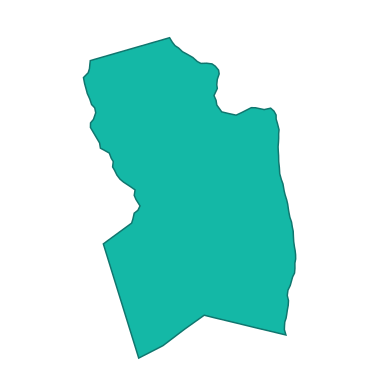 the district of São José da Lagoa Tapada, Paraíba, Brazil, rotated 261°
{"feature_id": "56859067B38377179497869", "entity_name": "São José da Lagoa Tapada", "entity_type": "district", "adm_level": 2, "iso_a3": "BRA", "parent_name": "Brazil", "parent_adm1": "Paraíba", "projection": "robinson", "projection_center": [-38.124, -6.942], "detail": "fine", "context": "isolated", "style": "filled", "palette": "teal", "viewbox_px": 384, "rotation_deg": 261, "n_neighbors": 0, "source": "geoboundaries", "source_scale": "gbopen_adm2", "svg_char_len": 1635}
<svg xmlns="http://www.w3.org/2000/svg" viewBox="0 0 384 384"><g transform="rotate(261 192 192)"><path d="M246.4,287.1L250.8,286.5L254.9,287.1L259.1,285.6L262.5,282.8L262.1,276.2L265.3,267.8L266.0,263.7L262.7,253.5L261.0,247.6L264.0,239.9L266.5,233.9L274.0,230.1L278.8,230.1L283.8,228.8L290.3,233.2L294.0,233.2L299.3,234.6L304.4,237.3L308.2,237.3L312.6,234.7L315.4,231.8L316.9,226.6L317.6,220.9L320.1,217.6L324.7,213.9L328.8,208.8L332.1,204.5L336.3,201.3L339.2,198.1L343.2,195.9L347.9,194.0L337.7,112.1L333.7,111.0L329.8,110.0L326.0,108.1L322.0,102.7L315.8,102.9L310.5,103.5L305.6,104.0L299.8,105.6L294.1,106.5L290.3,109.1L285.3,109.3L279.1,106.0L276.1,102.6L271.6,101.8L261.2,105.9L254.9,108.4L249.6,108.4L247.2,111.6L243.4,116.4L238.0,117.5L234.4,119.0L229.2,117.5L225.6,118.9L220.4,120.5L215.8,123.0L212.4,126.0L207.5,131.4L203.0,136.1L197.7,134.4L193.4,135.5L186.4,138.5L182.4,135.7L180.1,131.6L174.3,129.3L170.7,127.5L157.6,102.0L154.6,96.3L122.7,100.9L36.3,113.4L44.8,139.3L57.5,162.9L68.4,184.8L64.8,193.2L61.9,200.2L55.4,215.9L48.2,233.1L36.1,262.4L41.6,261.7L45.2,262.4L49.1,263.3L52.7,265.2L56.0,266.3L60.8,267.8L65.0,269.3L69.6,270.3L74.9,269.9L80.0,271.4L84.3,274.4L88.9,276.5L92.4,278.1L95.9,280.6L100.4,281.7L105.7,282.5L109.6,283.9L113.8,284.5L118.1,284.7L121.6,284.6L127.2,284.7L132.1,285.2L137.4,285.8L141.6,285.6L146.8,285.6L151.8,284.7L158.0,284.5L165.2,284.6L169.3,284.3L174.8,283.5L178.6,283.2L185.8,283.1L190.3,282.2L196.3,281.5L202.4,282.1L208.5,282.4L214.3,283.2L218.8,283.6L223.2,284.1L227.7,285.2L231.5,286.0L236.0,286.7L239.8,287.7L246.4,287.1Z" fill="#14b8a6" stroke="#0f766e" stroke-width="1.5"/></g></svg>